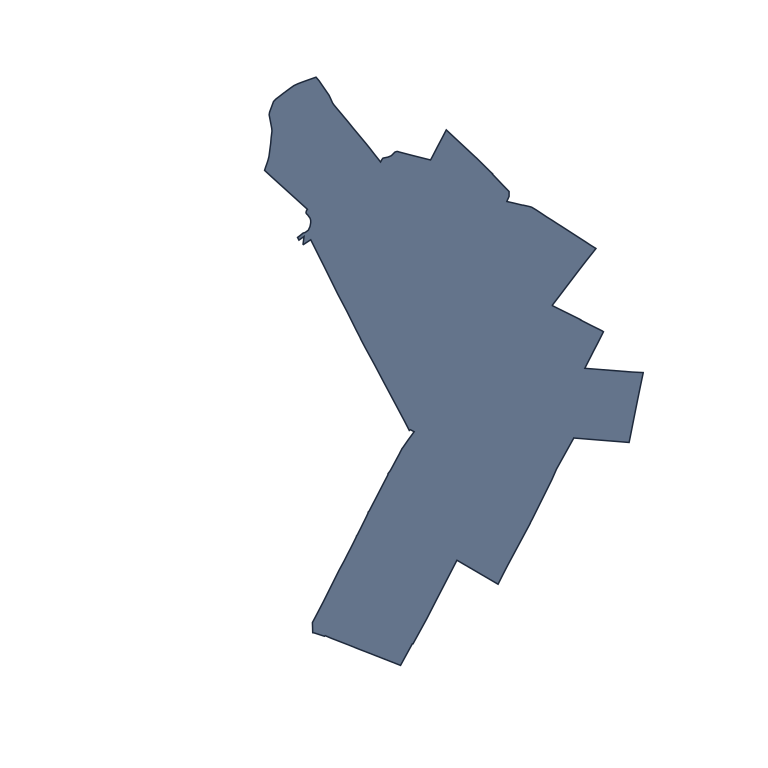 Bordei Verde, Braila, Romania (Robinson projection), rotated 121°
{"feature_id": "2599482B17606250456703", "entity_name": "Bordei Verde", "entity_type": "district", "adm_level": 2, "iso_a3": "ROU", "parent_name": "Romania", "parent_adm1": "Braila", "projection": "robinson", "projection_center": [27.573, 45.04], "detail": "fine", "context": "isolated", "style": "filled", "palette": "slate", "viewbox_px": 768, "rotation_deg": 121, "n_neighbors": 0, "source": "geoboundaries", "source_scale": "gbopen_adm2", "svg_char_len": 3135}
<svg xmlns="http://www.w3.org/2000/svg" viewBox="0 0 768 768"><g transform="rotate(121 384 384)"><path d="M512.8,330.3L519.8,329.7L524.1,329.4L526.4,329.2L526.7,329.2L527.3,329.2L528.7,329.3L529.0,329.1L529.6,329.0L535.6,328.5L542.2,328.0L548.9,327.6L552.9,327.3L555.5,327.1L564.9,326.7L567.0,326.6L601.5,323.9L614.6,323.1L625.4,322.5L629.7,319.7L631.9,318.3L633.9,317.0L633.6,316.3L633.3,315.5L630.9,305.1L630.0,304.8L629.2,298.8L629.0,297.5L627.4,288.3L626.5,283.2L624.2,268.9L623.3,263.8L616.7,224.9L592.1,225.9L591.8,225.3L563.4,226.4L542.8,227.8L497.5,230.7L496.9,183.1L486.2,183.9L475.6,184.6L475.4,184.6L427.9,186.9L427.4,187.1L423.3,187.3L379.8,190.8L368.0,192.3L332.4,193.5L332.3,193.0L320.7,169.6L311.1,150.3L307.9,143.8L307.6,143.9L301.9,145.9L282.2,153.0L267.1,158.4L252.9,163.4L241.1,167.5L240.7,167.7L245.7,177.0L267.1,219.9L265.0,220.1L256.4,220.7L254.6,220.8L248.1,221.3L239.5,221.8L226.2,222.8L226.1,224.5L227.2,238.0L227.9,248.5L227.6,248.5L228.5,260.0L228.6,261.2L229.2,268.4L229.7,274.6L230.1,280.0L229.7,280.3L223.6,279.6L219.2,279.1L208.0,277.9L185.2,275.4L174.2,274.1L158.9,272.1L158.7,272.1L158.6,278.6L158.3,285.0L158.1,292.2L157.9,298.3L157.7,304.2L157.5,310.3L157.3,318.5L157.1,323.5L157.0,329.9L157.0,330.5L156.7,336.1L156.4,343.3L156.4,348.5L157.1,351.1L159.0,356.8L159.4,357.5L162.3,366.7L164.3,372.7L163.9,372.8L158.8,373.4L154.6,375.9L152.4,384.2L151.4,387.8L150.4,391.4L148.3,399.1L147.9,399.1L147.2,402.4L143.2,418.8L142.9,420.1L142.7,420.8L142.3,423.1L142.2,423.5L142.1,423.9L138.5,440.9L135.6,454.5L134.1,461.5L143.5,460.9L152.9,460.4L165.2,459.6L168.0,459.5L168.5,461.1L169.4,464.0L174.0,479.2L177.4,490.8L177.5,491.5L177.8,492.4L178.3,493.0L179.6,494.1L184.5,495.3L187.4,497.4L190.9,501.2L192.6,501.4L194.8,501.3L195.5,501.3L194.8,503.0L191.8,511.0L189.1,517.9L187.2,523.1L184.9,529.7L182.6,536.3L180.2,543.2L177.7,550.0L175.4,556.7L174.6,558.9L172.3,565.7L170.5,570.8L169.6,572.8L166.8,576.8L164.8,579.8L159.4,591.7L157.5,595.8L156.0,600.3L164.0,606.9L167.7,609.9L170.9,612.4L174.6,614.9L178.7,616.7L186.4,619.9L191.6,621.9L195.3,623.4L198.7,624.2L209.9,622.1L212.4,621.1L222.7,611.9L224.9,610.3L231.2,607.5L235.8,605.2L248.2,599.8L251.9,598.7L255.4,597.9L259.0,597.2L262.4,596.4L264.4,586.7L268.6,565.4L273.7,539.6L274.0,539.6L274.9,539.8L277.0,539.3L277.7,538.7L278.1,537.9L278.3,536.7L280.0,532.7L281.4,531.2L282.2,530.7L283.1,530.1L284.0,529.7L287.2,528.5L287.3,528.5L289.3,528.3L291.1,528.1L294.7,529.6L296.3,531.1L300.5,532.6L302.9,533.6L304.5,531.0L298.8,528.5L305.9,525.4L306.0,524.9L298.1,521.1L304.0,511.8L308.4,504.9L314.2,495.7L319.6,487.3L330.6,470.2L341.0,453.0L352.0,435.8L357.1,427.5L357.3,427.5L362.5,418.9L372.8,401.3L383.9,383.0L384.0,382.8L405.1,347.6L410.8,338.4L409.6,337.9L409.4,333.6L415.2,334.1L419.3,334.5L428.6,335.1L430.2,335.3L431.1,335.2L434.7,335.0L435.1,334.9L442.1,334.6L450.1,334.2L454.7,334.0L456.3,334.1L458.8,334.4L459.5,334.0L460.6,333.8L467.4,333.4L472.0,333.1L478.3,332.7L487.5,332.1L492.9,331.8L497.3,331.5L500.6,331.3L501.7,331.6L502.2,331.6L502.7,331.2L506.6,330.8L512.4,330.3L512.8,330.3Z" fill="#64748b" stroke="#1e293b" stroke-width="1.5"/></g></svg>